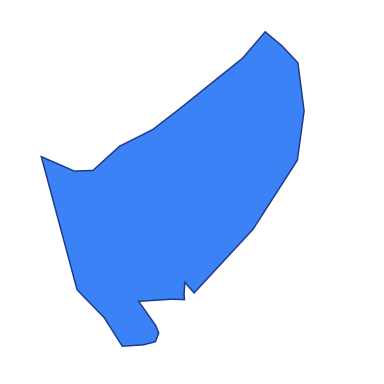 Kalungu, orthographic projection, rotated 74°
{"feature_id": "UGA-5620", "entity_name": "Kalungu", "entity_type": "District", "adm_level": 1, "iso_a3": "UGA", "parent_name": "Uganda", "parent_adm1": "", "projection": "orthographic", "projection_center": [31.834, -0.095], "detail": "fine", "context": "isolated", "style": "filled", "palette": "blue", "viewbox_px": 384, "rotation_deg": 74, "n_neighbors": 0, "source": "natural_earth", "source_scale": "10m", "svg_char_len": 519}
<svg xmlns="http://www.w3.org/2000/svg" viewBox="0 0 384 384"><g transform="rotate(74 192 192)"><path d="M225.2,121.5L244.7,143.7L289.6,217.8L276.9,223.8L288.6,228.0L293.4,228.8L289.5,240.8L282.4,273.4L310.4,263.7L318.5,262.9L325.8,268.4L325.5,280.9L321.0,301.5L288.7,311.0L254.3,329.4L116.5,327.1L139.4,299.5L144.0,281.2L128.0,249.0L121.1,212.3L107.3,177.8L88.9,134.2L77.4,106.6L58.2,77.5L76.6,65.1L97.1,54.6L145.0,61.9L174.9,75.1L190.5,82.0L225.2,121.5Z" fill="#3b82f6" stroke="#1e3a8a" stroke-width="1.5"/></g></svg>